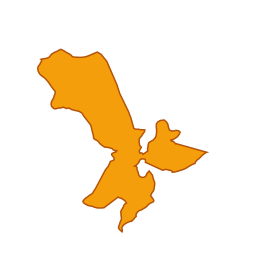 Monchy, Dauphin, Saint Lucia (Equal Earth projection), rotated 251°
{"feature_id": "8701671B61096532329378", "entity_name": "Monchy", "entity_type": "district", "adm_level": 2, "iso_a3": "LCA", "parent_name": "Saint Lucia", "parent_adm1": "Dauphin", "projection": "equal_earth", "projection_center": [-60.929, 14.054], "detail": "fine", "context": "isolated", "style": "filled", "palette": "amber", "viewbox_px": 256, "rotation_deg": 251, "n_neighbors": 0, "source": "geoboundaries", "source_scale": "gbopen_adm2", "svg_char_len": 5667}
<svg xmlns="http://www.w3.org/2000/svg" viewBox="0 0 256 256"><g transform="rotate(251 128 128)"><path d="M31.8,88.5L32.5,89.1L34.1,89.5L35.0,89.5L36.1,90.1L37.2,91.3L37.9,92.6L38.6,95.1L38.9,97.3L39.0,99.8L38.6,101.1L39.1,101.8L39.5,102.6L39.9,103.7L40.5,104.5L40.7,104.9L41.4,106.1L41.9,107.1L42.3,107.1L42.6,107.0L43.2,107.4L44.2,107.9L44.5,108.2L45.3,109.5L45.7,110.3L46.1,111.1L46.2,111.4L46.2,112.3L46.2,113.3L46.3,114.2L46.6,115.8L47.2,118.6L47.8,120.4L48.2,121.0L48.9,122.1L49.0,122.5L49.1,123.0L49.6,124.2L49.7,124.7L49.7,125.3L49.8,126.7L49.9,127.5L50.0,127.9L50.2,128.2L50.4,128.4L51.2,128.8L51.6,128.8L52.2,128.7L54.0,128.2L55.1,127.9L56.2,127.4L56.5,127.4L56.8,127.7L57.1,127.8L57.8,128.3L58.5,129.2L58.8,129.5L60.4,131.6L60.9,132.2L61.4,132.5L65.4,134.6L66.6,135.1L67.0,135.2L67.8,135.4L68.7,135.5L69.8,135.4L70.7,135.3L71.1,135.4L73.3,135.5L74.9,135.7L75.4,135.7L76.2,135.5L77.3,135.1L77.8,135.0L79.1,134.5L79.6,134.3L80.0,134.1L80.5,134.0L80.1,133.4L79.9,133.1L79.3,131.7L78.7,131.0L77.2,129.6L76.9,129.2L76.5,128.6L76.4,128.4L76.3,128.1L76.3,127.7L76.2,127.3L76.5,126.0L76.9,124.7L78.1,123.8L79.3,123.0L80.9,122.9L82.5,123.1L84.4,123.1L85.4,123.0L85.8,123.0L86.3,123.1L87.9,123.7L88.5,123.5L88.9,123.3L89.8,121.9L89.9,122.5L90.0,123.0L90.1,123.7L90.6,124.6L91.1,125.6L91.9,126.9L92.7,127.8L93.3,128.2L93.8,128.8L93.8,128.7L94.3,130.5L94.3,130.9L94.2,131.2L94.1,131.6L93.5,132.9L93.0,133.8L92.7,134.1L92.3,134.1L91.0,133.7L89.9,133.3L76.7,147.1L76.8,147.5L76.8,148.7L76.5,150.1L76.3,150.8L76.0,151.3L75.6,152.0L75.0,152.7L74.7,153.1L74.2,154.2L73.5,155.1L73.1,155.4L72.8,155.5L71.7,155.5L71.6,156.0L71.3,157.2L71.2,157.9L70.9,161.5L70.9,162.4L71.0,162.8L70.8,165.3L70.8,166.3L70.9,167.8L71.0,169.1L71.4,171.1L72.1,174.0L72.5,176.3L72.7,178.0L72.7,178.8L72.6,179.6L72.7,179.8L73.7,180.6L74.3,181.3L74.9,182.2L75.4,183.4L75.8,184.9L76.1,185.6L77.5,188.4L78.0,189.3L79.1,192.5L79.2,193.2L79.4,194.0L79.4,194.6L97.3,168.7L97.3,168.2L97.6,167.8L98.9,167.4L100.0,166.8L100.6,166.3L101.4,165.5L101.5,165.3L101.5,164.8L102.8,164.7L102.6,166.0L102.5,166.7L103.0,169.9L103.1,170.1L103.4,171.1L104.0,172.3L104.4,173.0L105.0,173.9L105.8,174.8L106.9,175.8L107.6,175.8L108.8,175.0L109.7,173.6L110.2,172.3L110.2,170.9L111.0,168.3L112.6,166.5L115.2,166.5L118.9,166.9L121.2,166.3L123.8,164.8L124.6,160.8L124.0,158.1L122.6,156.1L119.1,154.9L116.1,154.2L112.4,152.6L110.2,151.0L108.4,147.9L108.0,145.7L107.7,144.1L107.2,142.7L105.6,141.6L103.8,140.9L102.6,140.0L100.9,139.4L99.8,139.2L99.6,138.5L99.4,137.8L99.3,137.1L98.9,136.2L98.8,135.5L98.2,133.7L98.4,133.6L98.5,133.5L99.0,133.5L99.5,133.3L99.8,133.0L100.0,132.6L100.2,132.4L100.3,131.9L100.5,131.0L101.4,131.1L102.7,131.2L104.0,132.6L105.3,134.3L105.8,134.3L106.5,133.9L107.3,133.4L108.7,133.5L111.7,134.1L114.4,135.4L115.9,138.1L117.1,139.6L118.1,140.9L119.0,142.3L120.7,143.3L121.2,142.2L121.8,140.8L122.4,139.2L123.6,137.1L124.4,134.7L125.8,133.4L129.8,133.6L136.3,134.0L143.3,133.8L163.3,131.4L172.6,131.6L198.1,129.6L206.5,126.5L209.8,123.6L209.5,119.3L209.2,115.3L209.1,113.0L209.3,109.7L210.0,106.9L210.9,104.3L211.9,101.8L212.8,99.7L213.6,98.6L215.5,97.9L217.3,96.5L219.8,94.1L221.8,92.6L223.3,91.2L224.2,90.2L224.2,89.1L223.7,86.5L223.4,82.8L222.7,79.7L221.7,78.2L220.5,76.2L220.5,72.9L221.2,69.1L221.3,68.0L220.7,68.3L220.1,68.4L219.8,68.3L218.3,66.8L216.4,64.7L216.0,63.9L215.3,63.1L214.9,62.7L214.5,62.4L214.0,62.2L212.4,61.7L211.8,61.7L210.7,61.6L210.0,61.7L209.4,61.8L208.7,61.9L207.6,62.2L207.0,62.5L206.1,62.9L204.9,63.8L204.2,64.2L203.7,64.6L201.9,65.7L200.7,66.3L199.4,66.9L197.0,67.7L195.2,68.2L192.4,69.0L191.7,69.1L191.4,69.3L190.2,69.7L189.9,69.7L189.1,70.0L187.7,70.5L186.9,70.9L186.5,70.9L185.8,70.9L185.4,70.8L184.3,70.2L184.0,70.0L183.7,69.7L183.1,69.3L182.8,69.0L182.4,68.7L182.1,68.5L181.0,67.7L180.7,67.4L178.9,65.4L178.2,64.7L177.2,64.0L176.7,63.5L176.3,63.4L175.6,63.1L175.1,62.9L173.6,62.8L173.0,63.1L172.6,63.1L170.8,64.0L170.3,64.4L169.8,65.4L169.6,66.4L169.6,67.7L169.6,68.2L169.1,70.0L168.9,70.5L168.7,73.8L168.2,74.2L167.5,75.1L167.1,75.4L166.7,75.8L166.5,76.2L166.4,76.5L166.3,77.2L166.3,78.2L166.1,78.7L166.0,78.8L165.7,79.0L163.9,80.6L162.0,83.4L159.7,87.1L157.0,89.4L153.8,90.0L145.6,92.8L142.5,93.7L139.3,93.4L136.1,93.1L132.4,92.8L129.3,92.2L128.7,92.5L128.0,93.0L127.0,93.9L125.9,95.0L125.6,95.2L122.1,96.5L120.6,97.4L119.5,98.1L118.3,99.1L117.6,99.7L117.5,99.8L115.9,103.2L115.6,103.6L115.5,103.8L115.1,104.3L114.3,105.6L114.0,106.0L113.7,106.2L112.2,106.9L111.6,107.4L111.3,107.8L110.8,108.6L110.5,109.3L110.2,110.8L109.9,109.2L109.2,108.7L109.3,107.9L109.3,105.8L109.0,104.4L108.4,103.9L107.5,103.9L106.5,104.4L105.3,104.7L104.4,105.1L103.6,104.9L102.5,104.6L102.3,103.5L102.1,102.5L102.1,102.1L102.2,100.9L102.2,100.7L101.9,100.3L101.6,99.9L101.3,99.7L100.3,98.8L100.0,98.7L99.6,98.2L97.9,96.5L97.4,95.6L97.0,94.9L96.8,94.6L96.4,94.0L95.8,93.1L95.2,92.4L80.9,77.1L80.3,76.1L78.8,74.3L78.1,73.6L77.4,72.1L77.1,70.4L76.8,69.4L76.0,67.1L75.6,65.4L75.2,64.4L74.7,63.4L74.2,62.6L73.6,61.8L73.1,61.4L72.6,61.5L72.0,61.6L71.2,62.0L70.6,62.4L69.2,63.6L68.4,64.4L67.1,66.0L66.8,66.4L66.5,67.4L66.1,67.9L65.6,68.6L65.4,69.0L64.0,70.5L63.0,72.1L62.4,73.0L62.1,73.7L61.2,76.3L60.9,77.5L60.6,78.8L60.4,79.3L65.9,96.1L64.8,97.1L63.5,99.0L62.3,99.9L60.8,101.0L60.2,101.3L59.6,101.7L59.1,101.8L58.6,101.9L57.5,102.1L57.2,100.4L57.1,100.1L56.8,99.7L56.5,99.3L55.6,98.4L55.2,98.1L54.6,97.5L52.3,94.9L51.7,94.3L51.4,94.0L50.0,93.6L48.9,93.4L48.2,93.1L47.1,92.9L46.8,92.8L45.6,92.7L43.7,91.9L43.1,91.5L42.2,90.5L41.8,90.1L39.9,88.8L38.0,87.2L37.3,86.8L36.9,86.6L36.5,86.6L35.5,86.7L34.9,86.8L34.6,87.0L32.4,88.2L31.8,88.5Z" fill="#f59e0b" stroke="#b45309" stroke-width="1.5"/></g></svg>